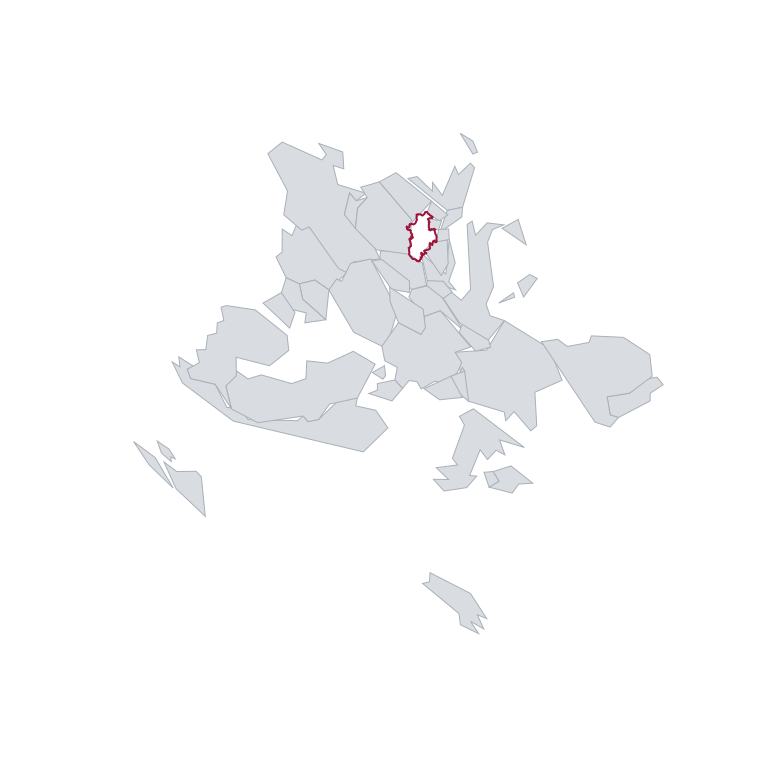 Republic of Serbia highlighted on a map of Europe, rotated 228°
{"feature_id": "SRB", "entity_name": "Republic of Serbia", "entity_type": "country or territory", "adm_level": 0, "iso_a3": "SRB", "parent_name": "Europe", "parent_adm1": "", "projection": "robinson", "projection_center": [20.755, 44.206], "detail": "medium", "context": "in_parent", "style": "outline", "palette": "rose", "viewbox_px": 768, "rotation_deg": 228, "n_neighbors": 37, "source": "natural_earth", "source_scale": "50m", "svg_char_len": 9261}
<svg xmlns="http://www.w3.org/2000/svg" viewBox="0 0 768 768"><g transform="rotate(228 384 384)"><path d="M405.2,162.6L445.4,159.4L473.2,168.3L457.5,171.5L445.0,185.9L437.3,186.2L405.2,162.6ZM541.5,249.7L524.1,254.4L526.6,247.7L517.3,244.0L496.8,258.4L471.8,251.5L462.0,260.7L448.6,259.1L414.6,295.2L414.3,302.5L406.9,302.4L401.4,311.7L402.3,341.7L391.4,354.7L386.6,348.4L370.0,360.3L348.8,357.5L347.4,323.2L457.2,247.2L519.7,234.9L542.1,241.4L533.3,243.8L541.5,249.7ZM508.8,159.4L482.3,164.7L447.8,157.7L481.3,155.4L508.8,159.4ZM493.3,177.3L479.3,180.7L468.1,178.8L472.5,176.7L468.7,174.0L481.6,172.4L493.3,177.3Z" fill="#d9dde1" stroke="#a8b0b8" stroke-width="1"/><path d="M314.6,435.3L360.0,458.1L340.5,482.9L350.5,515.9L299.7,530.7L267.7,518.9L276.9,490.6L250.8,469.6L251.0,461.7L276.5,462.2L275.2,449.9L282.7,454.6L314.6,435.3ZM361.1,539.1L367.4,523.4L365.1,541.3L361.1,539.1Z" fill="#d9dde1" stroke="#a8b0b8" stroke-width="1"/><path d="M391.4,354.7L405.6,330.0L401.4,311.7L406.9,302.4L414.3,302.5L439.6,264.4L467.5,254.0L488.4,265.1L491.5,283.5L478.9,286.2L472.9,298.9L446.2,315.5L440.2,329.5L452.9,342.1L437.2,356.1L428.8,383.1L404.6,390.7L391.4,354.7Z" fill="#d9dde1" stroke="#a8b0b8" stroke-width="1"/><path d="M528.4,382.4L550.7,388.8L550.2,396.5L567.2,412.0L555.9,414.9L560.6,425.2L550.8,433.5L491.6,430.8L490.8,406.0L507.6,402.1L515.0,388.1L528.4,382.4Z" fill="#d9dde1" stroke="#a8b0b8" stroke-width="1"/><path d="M593.0,494.6L606.4,496.5L584.0,508.6L570.8,498.1L580.4,492.4L563.1,483.1L537.7,498.3L538.8,486.0L548.9,486.2L536.4,467.9L503.8,472.0L479.7,464.6L495.2,443.0L491.6,430.8L500.1,427.5L550.8,433.5L553.4,425.8L576.8,422.7L591.9,441.4L632.9,451.8L631.9,470.2L592.0,487.8L593.0,494.6Z" fill="#d9dde1" stroke="#a8b0b8" stroke-width="1"/><path d="M490.8,406.0L493.7,419.0L488.7,421.1L496.0,440.0L485.6,458.0L429.5,443.0L412.8,415.9L413.5,407.7L442.7,396.1L490.8,406.0Z" fill="#d9dde1" stroke="#a8b0b8" stroke-width="1"/><path d="M435.8,467.8L427.1,483.4L415.1,486.1L370.7,478.8L400.7,474.9L407.0,459.6L431.8,460.6L435.8,467.8Z" fill="#d9dde1" stroke="#a8b0b8" stroke-width="1"/><path d="M479.7,464.6L485.2,470.4L470.6,487.4L448.2,493.4L428.8,481.6L435.8,467.8L479.7,464.6Z" fill="#d9dde1" stroke="#a8b0b8" stroke-width="1"/><path d="M518.7,466.8L536.4,467.9L548.9,486.2L538.8,486.0L533.8,496.3L532.3,482.0L518.7,466.8Z" fill="#d9dde1" stroke="#a8b0b8" stroke-width="1"/><path d="M533.8,496.3L545.8,498.4L537.3,515.8L487.7,514.5L463.6,489.4L488.9,468.1L518.7,466.8L532.3,482.0L533.8,496.3Z" fill="#d9dde1" stroke="#a8b0b8" stroke-width="1"/><path d="M515.0,388.1L507.6,402.1L490.8,406.0L470.7,383.8L501.5,380.3L515.0,388.1Z" fill="#d9dde1" stroke="#a8b0b8" stroke-width="1"/><path d="M520.6,368.9L528.4,382.4L515.0,388.1L501.5,380.3L470.7,383.8L482.4,366.1L488.9,373.8L503.4,363.8L520.6,368.9Z" fill="#d9dde1" stroke="#a8b0b8" stroke-width="1"/><path d="M525.1,348.3L520.6,368.9L496.7,365.7L488.7,351.3L525.1,348.3Z" fill="#d9dde1" stroke="#a8b0b8" stroke-width="1"/><path d="M413.5,407.7L419.9,435.8L396.1,444.7L407.0,459.6L400.7,474.9L353.6,473.2L360.0,458.1L347.9,456.1L343.4,446.1L344.5,427.9L352.0,423.9L355.5,408.3L363.8,410.1L369.8,404.9L368.3,394.9L379.7,394.7L387.4,405.0L400.7,400.1L413.5,407.7Z" fill="#d9dde1" stroke="#a8b0b8" stroke-width="1"/><path d="M485.1,510.0L487.7,514.5L537.3,515.8L533.0,534.4L488.0,541.7L485.1,510.0Z" fill="#d9dde1" stroke="#a8b0b8" stroke-width="1"/><path d="M519.3,608.4L505.0,612.6L493.8,608.6L495.4,603.9L519.3,608.4ZM470.7,547.2L520.7,539.3L516.0,547.4L494.9,548.9L501.3,555.0L485.2,553.6L498.3,582.3L489.8,579.4L490.3,596.0L484.2,596.1L462.8,560.6L470.7,547.2Z" fill="#d9dde1" stroke="#a8b0b8" stroke-width="1"/><path d="M470.7,547.2L462.8,560.6L456.1,553.7L459.3,526.9L470.7,547.2Z" fill="#d9dde1" stroke="#a8b0b8" stroke-width="1"/><path d="M431.9,485.3L456.3,499.0L424.3,503.6L447.8,529.2L426.4,518.0L417.0,500.8L406.1,500.1L431.9,485.3Z" fill="#d9dde1" stroke="#a8b0b8" stroke-width="1"/><path d="M371.9,474.3L377.9,485.5L350.6,493.2L340.0,487.8L347.2,474.1L371.9,474.3Z" fill="#d9dde1" stroke="#a8b0b8" stroke-width="1"/><path d="M341.1,446.5L344.0,453.3L339.7,452.6L341.1,446.5Z" fill="#d9dde1" stroke="#a8b0b8" stroke-width="1"/><path d="M345.0,439.0L339.7,452.6L314.6,435.3L335.7,431.9L345.0,439.0Z" fill="#d9dde1" stroke="#a8b0b8" stroke-width="1"/><path d="M353.7,410.6L345.0,439.0L321.6,433.2L335.1,414.7L353.7,410.6Z" fill="#d9dde1" stroke="#a8b0b8" stroke-width="1"/><path d="M202.2,535.8L209.7,531.4L225.2,541.3L212.8,560.5L215.3,577.7L206.3,591.4L196.8,591.0L199.0,575.6L193.4,570.4L202.2,535.8Z" fill="#d9dde1" stroke="#a8b0b8" stroke-width="1"/><path d="M210.3,588.5L212.8,560.5L225.2,541.3L209.7,531.4L202.2,535.8L200.7,523.2L214.3,515.3L310.1,529.3L301.0,543.0L289.3,545.3L277.8,564.0L280.9,570.4L258.4,593.2L228.0,601.2L210.3,588.5Z" fill="#d9dde1" stroke="#a8b0b8" stroke-width="1"/><path d="M245.9,406.5L238.2,423.5L210.7,428.2L219.5,417.1L217.1,406.3L236.9,393.1L234.9,404.4L245.9,406.5Z" fill="#d9dde1" stroke="#a8b0b8" stroke-width="1"/><path d="M378.9,481.1L407.9,485.3L408.7,495.2L394.5,497.5L396.3,511.6L446.9,552.5L446.1,558.5L433.3,551.6L434.7,568.5L422.1,579.5L426.2,567.9L420.1,555.9L383.1,530.6L375.1,513.4L363.8,508.5L350.5,515.9L347.0,490.9L378.9,481.1ZM392.3,582.8L420.7,576.0L416.5,593.8L392.3,582.8ZM355.2,546.0L369.8,550.9L367.9,565.5L359.9,568.5L355.2,546.0Z" fill="#d9dde1" stroke="#a8b0b8" stroke-width="1"/><path d="M379.7,394.7L368.3,394.9L366.1,378.6L387.1,366.3L383.8,375.0L388.8,379.4L379.7,394.7ZM400.4,383.0L397.3,396.6L389.1,390.7L388.3,386.4L400.4,383.0Z" fill="#d9dde1" stroke="#a8b0b8" stroke-width="1"/><path d="M245.9,406.5L234.9,404.4L236.9,393.1L251.5,399.2L245.9,406.5ZM270.8,411.4L258.7,386.4L253.5,391.3L251.7,376.1L264.3,357.0L280.1,357.0L269.8,368.1L286.9,366.8L274.7,384.4L283.0,385.1L299.7,416.4L309.5,418.4L305.8,433.8L243.0,445.8L265.1,432.4L250.4,426.4L259.7,423.1L258.6,410.4L270.8,411.4Z" fill="#d9dde1" stroke="#a8b0b8" stroke-width="1"/><path d="M210.0,279.2L206.5,285.4L213.0,291.9L170.5,308.1L141.0,303.4L149.9,299.0L135.3,294.2L149.8,289.5L135.1,287.3L154.0,279.7L163.2,286.1L210.0,279.2Z" fill="#d9dde1" stroke="#a8b0b8" stroke-width="1"/><path d="M407.9,485.3L428.8,481.6L431.9,485.3L420.8,496.7L406.7,496.2L407.9,485.3Z" fill="#d9dde1" stroke="#a8b0b8" stroke-width="1"/><path d="M526.6,247.7L523.5,261.1L534.9,267.4L528.8,274.6L538.1,285.4L533.7,293.6L541.0,301.0L538.4,307.5L550.1,314.3L547.7,319.4L525.2,337.9L484.9,344.5L472.7,335.7L474.2,311.1L502.8,292.0L488.9,279.8L488.4,265.1L467.5,254.0L496.8,258.4L517.3,244.0L526.6,247.7Z" fill="#d9dde1" stroke="#a8b0b8" stroke-width="1"/><path d="M483.7,457.4L477.9,465.7L443.3,471.8L435.0,464.1L449.5,453.0L483.7,457.4Z" fill="#d9dde1" stroke="#a8b0b8" stroke-width="1"/><path d="M419.9,435.8L441.2,443.7L452.1,453.0L413.3,463.1L398.1,452.4L396.1,444.7L419.9,435.8Z" fill="#d9dde1" stroke="#a8b0b8" stroke-width="1"/><path d="M448.8,527.4L430.4,512.1L426.3,499.1L456.1,503.1L456.8,517.3L448.8,527.4Z" fill="#d9dde1" stroke="#a8b0b8" stroke-width="1"/><path d="M482.8,531.0L488.0,541.7L467.0,544.5L468.4,533.9L482.8,531.0Z" fill="#d9dde1" stroke="#a8b0b8" stroke-width="1"/><path d="M462.2,528.0L456.0,535.8L447.8,529.2L454.7,517.8L462.2,528.0Z" fill="#d9dde1" stroke="#a8b0b8" stroke-width="1"/><path d="M466.8,536.1L462.2,528.0L467.2,521.1L477.4,527.0L466.8,536.1Z" fill="#d9dde1" stroke="#a8b0b8" stroke-width="1"/><path d="M473.6,503.5L475.1,503.9L475.7,504.3L476.1,504.8L477.0,505.1L478.5,505.3L479.5,505.8L480.1,506.6L481.0,506.4L482.3,505.1L483.6,504.8L485.6,505.9L485.7,506.3L484.1,506.6L483.7,507.2L483.6,507.8L484.0,508.4L485.0,509.1L485.5,510.0L484.8,510.4L484.6,511.7L483.0,512.5L482.5,514.1L482.6,515.0L482.8,515.8L483.5,516.9L483.7,517.8L484.2,518.5L486.1,519.6L487.0,520.8L488.0,521.5L487.7,522.5L486.5,523.7L485.6,524.8L484.3,524.9L483.5,525.3L483.3,525.8L483.5,526.3L483.3,527.6L483.6,528.5L484.1,529.2L484.1,529.7L483.2,530.9L482.5,531.0L481.5,530.6L479.9,531.1L478.5,531.0L477.1,531.6L475.5,531.8L475.1,530.9L475.9,530.2L477.0,528.0L477.2,527.1L474.0,526.2L474.1,525.4L472.6,524.5L472.5,524.0L471.0,522.5L469.1,521.6L468.7,520.7L467.1,521.3L467.0,521.6L467.4,522.4L467.1,523.2L465.8,524.0L465.7,524.4L465.9,524.9L465.8,525.1L464.7,525.4L464.6,524.7L464.0,524.2L461.1,522.6L459.7,522.3L458.2,521.6L456.4,519.8L454.7,518.6L454.5,517.7L455.0,517.1L456.0,517.0L456.8,517.4L457.2,516.5L457.1,515.8L455.0,512.9L455.5,512.6L457.7,512.7L458.0,512.4L458.0,512.1L455.8,510.1L454.2,509.2L453.9,508.6L454.2,506.8L455.4,504.9L455.8,504.0L456.0,502.9L455.0,502.5L453.0,503.0L452.9,502.7L453.6,502.4L453.8,501.9L453.5,500.1L454.1,500.0L454.1,499.5L454.7,499.8L455.6,499.8L456.3,499.7L456.4,499.3L455.8,498.7L453.8,498.0L453.0,497.3L453.0,496.6L453.5,496.0L452.6,495.6L452.2,495.1L452.5,494.5L451.6,492.6L452.1,492.2L452.2,491.5L453.1,491.2L453.6,490.7L454.8,490.9L455.4,490.7L456.7,490.1L457.6,489.1L458.4,488.9L460.4,489.2L461.2,489.0L463.6,489.4L464.9,491.0L466.8,492.2L467.9,493.6L468.5,493.5L468.4,495.1L468.6,495.8L468.5,496.4L468.7,496.5L470.7,498.1L471.8,498.4L472.4,499.0L474.2,499.5L474.8,500.0L474.8,500.3L474.3,500.8L474.2,501.2L473.6,501.5L473.8,501.9L475.1,502.5L475.0,502.9L473.6,503.1L473.6,503.5Z" fill="none" stroke="#9f1239" stroke-width="2"/></g></svg>